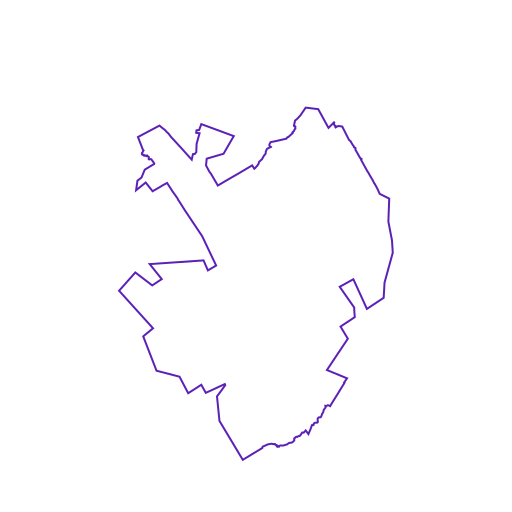 outline of Gran Morelos, Chihuahua, Mexico, rotated 48°
{"feature_id": "50627088B37419828791353", "entity_name": "Gran Morelos", "entity_type": "district", "adm_level": 2, "iso_a3": "MEX", "parent_name": "Mexico", "parent_adm1": "Chihuahua", "projection": "albers", "projection_center": [-106.583, 28.304], "detail": "fine", "context": "isolated", "style": "outline", "palette": "violet", "viewbox_px": 512, "rotation_deg": 48, "n_neighbors": 0, "source": "geoboundaries", "source_scale": "gbopen_adm2", "svg_char_len": 5838}
<svg xmlns="http://www.w3.org/2000/svg" viewBox="0 0 512 512"><g transform="rotate(48 256 256)"><path d="M181.2,168.8L181.2,169.1L181.4,169.6L181.9,171.0L182.1,171.4L182.4,171.8L182.7,171.9L182.9,172.1L183.2,172.2L183.6,172.3L184.2,172.2L184.5,172.1L184.8,172.0L184.9,171.9L185.0,171.9L185.0,172.0L184.9,172.3L184.5,173.1L184.2,174.4L183.8,176.0L183.8,176.3L183.9,176.6L184.5,177.8L184.9,178.7L185.0,178.9L185.3,179.2L185.8,179.7L186.1,180.1L186.4,180.4L186.5,180.6L186.6,181.6L186.7,182.5L186.7,182.9L187.1,183.8L187.2,184.2L187.9,186.3L188.1,186.7L188.1,186.9L188.1,187.4L188.1,190.0L188.1,190.5L188.2,190.8L188.2,191.0L188.8,191.8L189.0,192.2L189.2,192.6L189.4,193.2L189.5,193.7L189.6,194.1L189.7,194.5L189.8,195.6L189.9,196.5L190.0,197.1L190.1,197.7L190.0,198.9L186.1,198.2L183.1,213.2L180.0,227.7L178.1,237.2L164.5,234.4L162.0,234.2L155.2,232.5L150.7,227.5L158.3,211.7L152.0,192.3L121.4,208.4L124.3,213.9L122.8,216.1L124.4,218.0L127.0,215.8L132.9,225.1L138.8,230.8L139.2,233.3L138.1,234.7L141.4,239.3L139.4,239.3L127.5,239.3L115.7,239.4L110.9,239.5L106.2,239.1L105.4,239.2L104.6,239.3L103.5,239.4L102.0,239.3L101.1,239.4L99.7,239.7L94.5,240.5L88.6,264.1L101.5,269.0L101.8,269.0L102.0,269.1L102.3,269.0L102.5,269.7L102.6,270.1L102.8,270.3L103.1,271.1L103.2,271.6L103.2,272.0L103.4,272.2L103.9,272.6L104.5,272.7L105.0,272.5L105.3,272.0L105.5,271.9L105.8,271.9L106.2,272.2L106.5,272.1L106.7,271.9L106.6,271.6L106.6,271.4L106.9,271.3L107.2,271.3L107.4,271.2L107.5,271.1L107.5,270.9L107.6,270.7L107.9,270.7L108.2,270.7L108.4,270.7L108.5,270.5L108.5,270.4L108.4,270.1L108.5,269.9L108.5,269.7L109.1,269.7L109.5,269.7L109.8,269.6L110.2,269.6L110.5,269.5L110.6,269.4L110.8,269.4L111.0,269.6L111.8,270.5L112.1,270.9L112.3,271.0L112.5,270.9L112.9,270.6L113.2,269.9L113.7,269.3L114.1,269.1L118.1,269.5L118.9,269.6L119.3,269.8L119.5,270.3L119.2,271.4L117.4,280.9L121.1,288.6L120.7,293.7L126.9,301.1L127.6,288.8L138.7,289.5L140.7,280.0L140.8,279.0L142.2,273.2L152.9,274.9L160.1,275.7L161.0,275.9L162.3,276.3L163.4,276.4L166.4,276.9L173.9,278.2L205.5,282.8L219.2,286.9L236.4,292.0L234.5,301.4L224.2,297.9L190.9,340.4L210.1,341.5L208.4,352.8L187.5,356.7L190.2,381.0L240.8,380.9L240.3,392.3L240.3,393.6L274.7,406.7L294.5,393.6L312.6,398.2L315.1,382.8L324.1,384.9L330.3,364.9L331.4,365.3L333.1,373.2L334.2,378.9L354.1,393.5L398.6,402.2L402.9,379.8L402.6,379.5L402.3,379.0L402.2,378.6L402.3,378.2L402.5,377.5L402.7,377.2L402.8,376.7L403.0,376.2L403.3,375.1L403.7,373.8L404.1,372.9L404.6,372.2L405.0,371.5L405.8,370.3L406.0,370.0L406.5,369.7L407.1,369.3L407.4,369.1L407.5,368.7L407.7,368.4L408.1,368.2L408.3,367.9L408.5,367.7L409.2,367.8L409.4,367.9L409.6,367.8L410.2,367.2L410.5,367.1L410.8,367.4L410.8,367.7L411.0,367.8L411.3,367.8L411.6,367.9L411.8,367.8L412.1,367.7L412.3,367.6L412.5,367.4L412.6,367.1L412.6,366.8L412.8,366.6L413.0,366.4L412.8,366.2L412.5,366.1L413.3,364.4L414.2,363.6L414.5,363.3L414.7,363.0L415.4,362.0L415.8,361.0L416.0,360.6L416.1,360.4L416.3,360.1L416.8,359.0L417.0,356.7L417.5,355.8L417.9,355.3L418.2,354.9L418.6,354.3L418.7,353.4L418.8,352.7L418.8,352.3L418.8,352.0L418.7,351.6L418.7,351.1L418.4,350.6L417.5,350.1L417.3,349.8L417.1,349.3L417.1,349.1L417.1,348.7L417.3,348.4L417.3,348.2L417.2,347.9L417.2,347.6L417.3,347.1L417.6,346.6L418.1,346.3L418.3,345.0L418.6,344.4L418.9,344.1L418.9,343.8L418.8,343.7L419.0,343.1L418.1,339.8L418.8,339.1L419.2,338.8L418.9,335.8L423.4,336.2L421.0,331.0L419.1,327.6L419.6,326.9L420.1,326.5L420.0,326.1L419.7,325.7L419.4,325.5L419.2,324.2L419.5,323.6L420.1,322.8L420.6,322.3L420.9,321.7L420.8,321.2L420.3,320.8L419.9,320.5L419.5,320.2L418.9,319.7L418.2,319.1L418.0,318.6L417.9,318.1L417.9,317.6L418.2,316.9L418.7,316.5L419.0,316.0L419.1,315.3L418.7,314.6L418.4,314.0L418.2,313.5L417.9,313.1L417.4,312.2L417.3,311.3L417.1,310.7L416.8,310.1L416.2,309.5L415.7,308.6L415.3,306.8L415.2,306.1L415.1,305.6L414.9,305.4L413.8,304.7L414.5,304.2L415.0,302.4L416.0,301.8L417.2,301.4L416.0,297.6L412.9,286.7L412.2,284.5L409.5,275.2L409.0,275.2L407.8,270.2L388.2,279.6L378.9,243.1L365.0,240.4L367.5,223.5L362.6,219.7L360.0,217.5L334.9,214.4L338.4,199.2L361.4,206.4L369.5,209.0L372.5,189.1L361.8,178.3L345.1,152.2L335.4,144.5L319.0,134.6L302.5,118.6L292.6,122.5L287.4,120.8L286.8,120.7L286.3,120.6L284.2,120.0L283.4,119.9L282.0,119.5L281.7,119.5L281.2,119.5L277.2,118.4L272.9,117.6L270.0,116.9L268.3,116.6L267.8,116.6L255.0,113.6L254.6,113.4L254.6,113.2L254.5,112.9L254.5,112.6L254.4,112.6L254.2,112.8L254.0,113.2L253.9,113.2L253.5,113.1L253.4,113.0L253.2,112.9L252.2,112.9L244.5,111.2L244.2,111.1L243.9,111.1L243.7,111.1L243.0,110.5L242.7,110.1L242.2,109.8L241.9,109.8L241.7,110.0L241.3,110.3L240.9,110.4L240.5,110.3L240.2,110.1L239.9,110.0L239.5,109.8L239.1,109.8L238.7,109.9L237.9,109.7L236.1,109.4L234.5,109.0L233.8,108.9L233.0,109.0L232.5,109.2L232.0,109.2L217.5,105.3L214.6,107.7L214.3,108.4L214.1,109.2L213.9,109.6L213.8,110.2L213.7,110.8L213.1,110.7L212.8,110.4L212.6,109.9L212.4,109.8L212.2,109.9L211.8,110.2L211.5,110.1L211.0,110.1L210.5,110.1L210.1,109.9L209.8,109.6L209.6,109.2L209.3,108.9L209.2,108.6L208.9,108.6L209.3,116.4L188.5,111.5L179.0,119.8L181.2,128.8L181.4,131.0L181.6,132.6L181.6,134.6L181.5,135.8L181.5,136.3L181.8,136.8L182.3,137.4L182.7,138.1L183.4,138.9L183.9,139.8L184.3,140.4L184.7,140.7L185.1,140.7L185.5,140.3L185.8,140.1L186.1,140.1L186.3,140.2L186.4,140.5L186.9,141.0L187.1,141.2L187.4,141.3L187.6,141.4L187.7,141.6L187.7,142.0L187.7,142.3L187.8,142.7L188.4,143.8L188.5,144.0L188.4,144.6L188.5,145.0L188.6,145.3L188.7,145.5L188.7,145.8L188.5,146.0L188.6,146.3L188.8,146.3L189.2,146.5L189.3,146.7L189.3,146.9L189.2,147.6L189.2,148.4L189.2,148.8L189.2,149.2L189.2,150.7L189.2,151.5L189.3,151.9L189.2,152.4L189.1,152.6L188.9,152.9L188.8,153.3L188.8,153.8L189.0,154.4L189.1,154.6L189.1,155.0L183.3,165.4L181.2,168.8Z" fill="none" stroke="#5b21b6" stroke-width="2"/></g></svg>